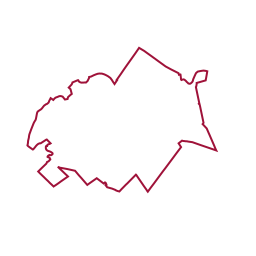 outline of Visani, Braila, Romania, rotated 200°
{"feature_id": "2599482B40440653080900", "entity_name": "Visani", "entity_type": "district", "adm_level": 2, "iso_a3": "ROU", "parent_name": "Romania", "parent_adm1": "Braila", "projection": "mercator", "projection_center": [27.327, 45.175], "detail": "fine", "context": "isolated", "style": "outline", "palette": "rose", "viewbox_px": 256, "rotation_deg": 200, "n_neighbors": 0, "source": "geoboundaries", "source_scale": "gbopen_adm2", "svg_char_len": 3675}
<svg xmlns="http://www.w3.org/2000/svg" viewBox="0 0 256 256"><g transform="rotate(200 128 128)"><path d="M145.0,207.1L145.4,205.5L146.7,200.5L148.3,194.7L150.5,186.7L152.0,181.1L153.2,176.3L155.1,169.3L154.6,169.2L155.7,164.7L158.2,166.5L159.4,167.5L161.7,169.0L163.1,169.4L164.5,169.8L166.4,170.1L168.5,170.3L171.0,170.2L173.5,169.4L175.0,168.6L176.4,167.5L178.3,165.8L180.3,163.7L182.0,162.6L181.7,161.7L182.1,158.2L182.7,157.1L183.1,156.3L184.0,156.1L185.7,155.3L187.0,154.8L187.3,154.7L188.5,154.6L189.1,154.7L190.0,154.9L191.1,155.9L191.3,155.9L192.0,155.3L195.8,151.8L195.7,150.7L195.9,149.5L197.5,145.7L195.3,144.8L192.5,140.8L193.5,139.2L194.9,136.5L194.9,136.3L194.7,134.6L197.0,133.2L200.1,135.1L201.3,135.1L202.4,134.9L203.5,134.4L204.3,133.6L206.5,131.7L207.2,130.4L207.8,128.8L209.6,129.3L210.9,129.6L211.3,126.4L211.3,124.8L212.2,123.1L213.2,122.2L213.6,121.6L214.5,120.3L214.8,119.4L215.2,118.2L215.6,116.9L216.2,115.7L217.0,114.7L217.9,113.4L218.5,112.5L218.6,111.0L218.3,109.1L218.0,107.3L217.7,105.4L217.6,104.1L218.1,101.8L218.3,100.2L218.4,96.8L218.5,93.5L218.5,90.8L218.5,88.3L218.2,86.3L217.9,85.3L217.7,83.7L217.6,82.8L217.5,81.9L217.1,80.4L216.8,79.2L216.6,77.9L216.6,77.6L216.5,77.2L215.4,76.7L213.4,76.1L211.1,75.5L210.2,75.2L210.0,75.3L209.7,75.6L208.7,78.4L208.3,79.7L207.9,80.6L207.7,81.1L207.2,81.9L206.8,82.5L206.2,83.0L205.8,83.4L205.2,83.6L204.8,83.8L200.9,89.0L200.4,89.4L195.5,87.1L196.2,86.2L197.1,85.6L197.7,84.9L197.9,84.7L197.9,84.3L197.8,83.5L198.4,83.4L198.7,83.1L198.8,82.5L198.7,82.0L198.4,81.2L198.0,80.4L197.5,79.9L196.9,79.5L196.1,79.2L195.2,79.1L194.1,79.2L193.2,79.2L192.2,79.1L191.4,78.9L190.7,78.7L190.2,78.4L190.0,77.7L190.3,77.0L190.8,76.3L191.4,76.0L192.3,75.9L192.6,75.8L193.3,74.9L193.7,74.2L193.8,73.6L193.7,73.3L192.9,73.2L192.1,73.3L191.7,73.3L191.0,72.7L190.8,72.2L190.6,72.1L190.3,72.0L190.3,71.7L190.6,71.4L190.7,70.8L190.9,70.3L191.2,69.7L191.6,69.1L192.1,68.7L192.4,68.5L192.4,67.9L192.6,66.5L195.4,60.8L197.5,56.4L195.0,55.2L190.0,53.0L188.1,52.1L184.6,50.6L184.0,50.3L183.0,49.8L181.4,49.1L180.6,48.8L179.5,48.3L178.6,47.9L178.1,47.7L177.9,47.6L177.7,47.9L176.7,49.2L175.9,50.3L174.7,52.0L173.4,53.9L173.1,54.4L169.8,59.1L167.8,61.9L169.5,62.7L170.1,62.9L179.9,67.2L179.8,67.5L178.2,67.4L177.4,67.6L175.0,68.0L170.8,68.7L163.1,69.7L158.1,66.8L154.5,64.9L146.8,60.6L144.9,63.4L140.2,70.1L131.9,67.5L131.0,69.0L130.4,68.9L129.5,67.9L129.4,68.0L128.8,67.3L129.5,66.6L127.3,65.2L122.3,65.6L118.6,65.5L118.4,65.3L116.4,65.2L114.4,65.4L113.1,68.5L112.4,70.0L110.5,74.2L109.8,75.5L104.6,86.9L104.3,86.8L100.7,84.2L94.1,79.5L94.0,79.4L89.5,76.3L88.1,75.2L87.6,74.9L86.2,79.8L84.7,84.6L81.9,94.1L80.2,99.8L79.3,102.6L75.2,116.3L73.9,120.7L71.6,128.2L75.2,130.9L72.9,134.6L72.6,134.6L72.1,134.6L71.6,134.7L70.1,135.1L69.5,135.2L67.9,135.7L67.0,135.8L62.6,136.7L53.6,136.8L43.8,137.0L37.4,137.1L37.9,137.6L38.9,138.6L40.9,140.8L49.6,150.0L50.2,150.6L53.7,154.3L53.9,154.5L59.2,157.2L59.0,157.7L58.8,158.7L67.8,173.2L69.0,175.0L69.4,174.9L69.7,174.9L69.8,175.0L69.5,175.7L78.2,189.7L78.1,190.1L78.2,191.1L78.5,192.7L78.5,192.8L78.9,193.8L71.3,199.3L71.9,202.9L72.9,208.4L74.3,208.3L75.7,208.0L76.6,207.8L77.6,207.3L79.4,206.3L79.9,206.0L80.4,205.7L81.7,204.9L82.5,203.6L82.9,202.7L83.0,201.6L83.2,199.2L83.3,197.6L83.4,196.1L83.3,195.2L83.2,194.1L83.4,193.1L84.1,191.7L84.6,191.0L85.0,190.8L85.4,190.6L86.5,190.5L87.5,191.0L88.6,191.4L89.6,192.0L91.5,192.7L92.0,192.7L92.4,192.7L93.5,192.0L94.2,191.4L94.7,191.7L96.9,196.1L97.0,196.2L98.3,195.4L98.5,195.6L98.6,195.9L99.3,196.8L107.6,197.8L113.7,198.7L122.1,201.1L130.4,203.5L137.9,205.6L138.8,205.9L145.0,207.1Z" fill="none" stroke="#9f1239" stroke-width="2"/></g></svg>